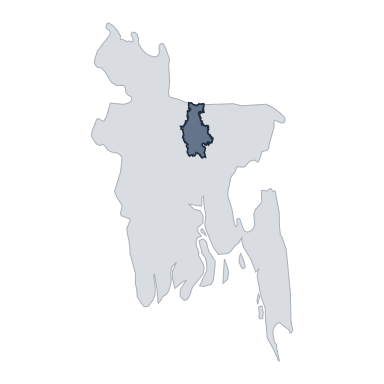 Mymensingh, Dhaka, Bangladesh shown in context
{"feature_id": "16705992B54511139091050", "entity_name": "Mymensingh", "entity_type": "district", "adm_level": 2, "iso_a3": "BGD", "parent_name": "Bangladesh", "parent_adm1": "Dhaka", "projection": "equal_earth", "projection_center": [90.455, 24.722], "detail": "fine", "context": "in_parent", "style": "filled", "palette": "slate", "viewbox_px": 384, "rotation_deg": 0, "n_neighbors": 0, "source": "geoboundaries", "source_scale": "gbopen_adm2", "svg_char_len": 9372}
<svg xmlns="http://www.w3.org/2000/svg" viewBox="0 0 384 384"><path d="M135.4,284.1L135.4,273.5L129.8,252.5L130.1,250.2L128.9,240.0L127.5,234.4L126.8,228.5L130.3,219.9L128.9,218.5L121.4,215.9L120.5,213.7L122.1,205.3L116.8,197.3L114.6,191.4L120.5,172.2L122.0,158.9L121.6,156.3L118.1,153.3L111.8,152.1L107.4,149.6L104.9,145.9L102.7,144.4L100.0,145.5L96.5,144.0L93.7,140.3L91.3,135.7L92.2,130.8L96.9,119.0L98.6,118.7L102.5,121.0L104.0,121.0L106.6,116.3L110.3,103.1L122.9,104.3L125.9,103.8L129.1,102.8L130.8,101.1L131.8,99.0L131.5,97.2L127.6,94.7L126.1,92.9L125.1,87.6L123.9,85.6L116.3,85.3L112.4,82.9L110.2,80.7L106.4,73.6L101.7,68.2L97.1,67.0L95.4,65.3L94.4,62.5L95.0,58.6L97.4,51.0L110.0,34.7L110.3,32.9L109.8,30.8L106.2,28.2L106.0,26.9L107.0,23.5L109.1,23.0L113.4,26.1L117.8,31.2L120.4,35.7L120.4,39.2L123.8,39.9L126.7,41.5L129.7,41.0L131.6,41.9L132.8,41.6L133.3,39.5L130.9,34.4L132.1,32.2L135.0,32.4L137.0,34.3L138.5,38.2L138.8,44.4L142.2,49.9L146.6,53.9L150.1,55.7L154.3,57.0L157.9,55.8L159.7,51.9L158.9,48.4L159.4,45.3L160.9,43.6L163.1,43.7L164.8,46.2L169.7,59.5L168.6,65.4L169.7,81.6L168.4,92.3L169.2,96.3L170.0,97.1L177.4,99.1L188.1,103.3L196.3,104.9L233.4,103.7L241.5,105.8L266.2,104.2L272.9,107.6L280.3,113.2L284.4,117.3L285.2,119.7L284.8,121.7L283.4,122.8L280.9,122.9L275.0,120.2L274.0,121.0L274.0,127.4L269.3,143.5L268.7,148.5L267.0,150.5L262.1,151.5L258.9,161.0L257.6,162.1L254.4,160.1L252.4,160.4L249.9,161.3L247.4,163.4L245.6,166.1L243.7,167.1L236.7,166.9L235.4,171.3L230.9,177.0L227.8,192.2L228.0,196.8L231.9,209.0L234.6,224.7L235.6,226.3L236.9,226.5L237.0,219.3L238.3,218.3L239.9,219.1L243.2,228.9L245.0,231.4L247.9,232.1L251.2,230.6L253.7,227.7L254.7,224.6L253.8,214.0L255.3,209.7L260.9,203.3L261.7,201.3L261.3,190.7L263.5,190.3L266.3,191.2L269.9,188.7L271.0,188.6L272.6,191.3L275.1,190.8L279.1,211.9L279.5,226.8L280.4,235.0L281.8,236.9L286.2,249.3L290.4,293.1L291.0,321.0L292.7,330.5L291.3,332.6L290.0,333.0L288.7,329.7L279.5,322.6L277.2,323.3L274.1,327.4L272.8,331.3L273.4,336.6L274.4,341.9L276.6,344.9L276.8,348.3L279.3,360.9L278.6,361.0L273.6,349.5L267.4,338.3L265.4,318.1L265.2,308.2L261.0,296.5L257.1,276.2L258.7,269.0L255.8,272.1L251.2,259.9L244.0,248.0L242.0,242.7L241.8,237.6L238.8,242.8L234.6,246.4L230.3,251.9L227.5,253.5L218.5,254.5L213.3,247.2L205.8,229.4L204.8,225.3L205.8,214.9L204.0,205.0L203.5,196.2L202.2,197.0L201.7,199.4L201.9,203.1L201.4,206.2L188.9,204.2L194.2,209.4L200.0,210.6L202.9,215.3L203.1,223.0L197.5,227.7L198.0,231.6L201.3,236.4L197.3,237.8L196.2,240.9L196.1,245.4L198.9,252.3L198.4,255.0L203.2,264.0L204.1,268.3L202.9,274.4L192.6,286.8L189.7,295.5L187.1,299.6L184.0,300.4L180.2,296.2L180.1,292.0L180.9,288.6L186.2,280.4L183.3,281.5L175.0,288.3L173.4,282.8L172.4,277.7L172.4,271.5L176.4,262.2L171.9,266.8L170.6,272.6L171.2,279.4L170.6,284.3L168.8,290.6L166.4,294.4L162.4,296.8L160.7,300.6L158.1,303.3L157.2,290.6L154.4,273.4L153.8,277.1L155.2,287.7L155.1,294.6L153.0,300.1L148.6,306.0L145.3,306.9L143.4,306.0L137.3,297.1L136.7,288.7L135.4,284.1ZM211.2,284.4L203.5,286.4L199.6,285.8L206.9,270.3L206.6,263.4L205.5,257.8L201.8,253.3L201.6,250.1L200.0,245.7L199.1,240.5L203.2,238.9L206.5,241.8L207.7,247.7L209.3,252.1L215.1,261.1L215.0,266.6L213.4,280.2L211.2,284.4ZM227.5,279.3L222.9,283.4L224.4,259.0L227.8,268.1L228.7,273.0L227.5,279.3ZM245.3,267.1L243.3,268.9L241.3,267.4L238.9,261.6L240.1,254.4L240.8,253.4L243.8,260.8L245.3,267.1ZM262.7,318.6L260.0,318.9L258.7,317.1L259.3,314.7L258.6,306.8L262.0,306.0L263.2,312.6L262.7,318.6ZM259.7,296.5L257.7,304.3L256.9,300.8L258.3,293.9L259.7,296.5ZM205.2,233.0L206.0,235.6L201.7,232.3L200.6,230.0L202.5,228.8L205.2,233.0Z" fill="#d9dde1" stroke="#a8b0b8" stroke-width="1"/><path d="M205.5,157.3L205.5,156.6L205.2,156.0L205.1,154.5L204.4,152.8L204.1,152.6L204.5,151.7L204.7,151.4L204.8,150.5L205.0,150.3L205.1,149.8L205.1,149.5L205.3,148.7L205.3,148.1L204.9,147.6L205.1,147.3L204.8,147.0L204.1,146.8L203.3,146.3L203.2,146.5L202.8,146.2L202.6,145.8L202.4,145.6L202.2,144.2L202.5,144.0L202.6,143.6L202.8,143.4L203.5,143.2L204.0,143.5L204.7,144.4L205.0,144.3L204.9,144.6L205.4,144.5L205.5,144.7L205.9,144.7L206.1,145.1L206.7,145.1L206.8,144.7L206.7,144.3L206.9,144.2L207.0,143.9L206.9,143.6L206.9,143.1L207.1,143.0L207.1,142.7L207.5,142.5L207.8,142.2L207.9,143.2L208.0,143.2L208.1,143.5L208.3,143.7L208.4,144.4L208.6,144.9L209.2,144.0L209.2,143.8L209.5,143.3L209.5,142.6L210.0,143.0L210.2,142.4L210.8,142.7L211.1,142.6L211.8,142.7L211.7,142.1L211.9,142.1L212.0,141.6L212.2,141.4L212.1,140.7L212.3,140.6L212.3,140.9L212.5,140.4L212.4,140.2L212.7,139.8L212.4,139.3L212.6,139.0L212.8,138.9L213.0,138.5L212.9,138.1L212.7,138.1L212.7,138.4L212.2,138.1L212.4,138.4L212.3,138.5L212.0,138.5L211.9,138.8L211.7,138.7L211.8,138.3L211.6,138.4L211.5,138.2L211.8,137.6L211.7,137.0L211.3,136.9L211.0,136.4L211.0,136.7L210.8,136.9L210.1,136.8L210.3,135.7L210.2,135.2L209.6,135.2L209.4,134.5L209.0,134.5L208.9,134.3L208.6,134.5L207.8,133.5L207.7,133.0L207.8,132.4L208.0,132.3L207.9,132.1L208.0,132.0L207.9,131.5L207.5,131.5L207.5,130.7L208.0,129.8L208.4,130.0L208.7,129.7L208.6,129.1L208.3,129.0L208.3,128.5L207.4,128.1L207.5,127.9L207.5,127.4L207.6,127.2L207.9,127.3L208.1,127.6L208.5,127.5L208.6,127.2L208.5,126.7L207.9,126.5L208.1,125.9L208.0,125.6L207.7,125.8L207.4,125.6L206.7,125.7L206.4,125.5L206.3,125.8L205.4,126.2L205.1,125.8L204.4,126.0L204.2,125.6L203.8,125.4L203.7,124.9L203.3,125.2L203.1,125.0L202.5,125.0L202.5,124.6L202.4,124.4L202.0,125.0L201.7,125.0L201.8,124.7L202.3,124.3L202.6,123.6L202.8,123.7L202.8,123.3L202.4,123.1L202.1,123.5L202.0,123.2L201.9,123.3L201.5,123.2L202.0,122.8L201.9,122.5L202.1,122.4L201.9,122.1L201.9,121.6L202.1,121.5L201.9,121.2L201.9,120.8L200.8,120.8L200.5,120.4L200.4,120.1L200.7,120.0L200.6,119.6L200.6,119.0L200.4,118.9L200.5,118.6L200.4,118.3L200.7,118.0L200.9,118.0L200.9,117.7L200.6,117.7L200.1,117.4L200.3,117.2L200.2,116.8L200.1,117.1L199.7,117.2L199.5,116.9L199.5,116.4L199.7,115.6L200.0,115.3L199.7,115.4L199.4,114.9L199.1,115.0L199.2,114.4L199.1,114.0L198.6,113.9L198.8,113.5L199.1,113.1L198.9,112.9L198.7,112.9L198.7,112.5L199.0,112.2L199.2,112.4L199.3,113.1L199.4,112.3L199.7,112.7L200.0,112.3L200.3,113.1L200.6,113.4L200.9,113.2L201.0,112.7L200.5,112.5L200.4,112.2L200.5,112.0L200.9,112.2L201.1,111.7L201.7,112.1L202.0,112.0L202.7,112.5L202.9,112.1L203.2,112.5L203.6,112.4L203.4,112.2L203.6,112.1L203.4,111.9L203.4,111.6L203.6,111.3L203.5,111.1L203.8,111.0L203.7,110.6L203.5,110.3L203.6,110.0L203.4,109.9L203.2,110.0L203.2,110.3L202.8,110.7L202.9,109.8L203.1,109.6L202.7,109.2L203.3,108.6L203.2,108.4L203.5,108.1L203.3,107.8L203.4,107.6L203.4,107.2L203.6,107.0L203.5,106.9L203.8,106.6L203.5,105.9L203.8,105.7L203.8,105.3L204.0,104.9L203.9,104.3L203.9,104.0L203.7,103.7L203.5,103.9L202.8,103.8L202.7,104.0L202.4,103.9L202.2,104.1L201.3,104.1L201.2,103.9L199.8,104.1L199.3,103.9L199.4,104.2L198.9,104.1L198.9,104.3L198.3,104.7L196.8,105.2L196.8,105.7L196.4,105.7L195.4,105.3L194.8,104.8L193.3,104.6L192.3,103.7L191.6,102.8L191.0,102.9L190.7,103.1L188.9,102.5L188.7,102.8L188.7,103.3L188.5,104.3L188.5,104.7L188.7,104.8L188.6,105.0L188.9,105.5L189.0,106.0L188.8,106.2L188.7,107.8L188.6,108.4L189.3,108.6L189.6,109.3L190.2,108.8L190.2,109.1L190.5,109.1L190.5,109.5L190.1,109.4L190.0,109.6L189.6,109.5L189.6,110.3L189.4,110.5L189.4,110.8L189.2,110.7L189.0,111.0L188.7,111.1L188.4,110.4L188.1,110.4L188.1,110.8L187.9,111.1L187.6,111.0L187.3,111.6L187.5,112.1L187.4,112.7L187.7,112.9L187.7,113.6L187.6,114.6L187.3,114.8L187.4,115.0L187.1,115.5L187.1,115.8L187.2,116.0L187.4,116.2L187.6,115.9L187.8,116.0L187.7,116.3L188.3,116.6L188.4,117.2L188.1,117.3L187.5,117.1L187.3,117.3L187.5,117.8L187.9,118.4L187.7,119.6L187.5,119.8L187.6,120.3L187.5,120.6L186.9,121.0L185.7,120.8L185.7,121.0L186.0,121.1L186.0,121.4L185.6,121.5L185.5,121.9L185.2,121.9L185.8,121.9L185.7,122.2L185.9,122.3L185.3,122.5L185.4,123.2L185.1,123.4L185.2,124.0L185.5,124.1L185.3,124.3L185.1,124.1L184.6,124.2L184.1,125.0L184.1,125.6L184.1,126.1L183.7,126.2L183.4,126.3L183.3,126.9L183.1,126.9L183.1,126.7L182.6,126.3L182.4,126.5L182.2,126.4L182.1,126.7L181.7,126.7L181.1,126.3L180.5,126.4L181.2,127.6L181.2,128.2L181.5,128.3L181.3,128.3L181.1,128.5L181.1,129.0L181.2,129.4L182.8,129.3L183.0,129.5L182.7,130.5L183.1,131.5L183.0,132.0L183.3,132.6L183.4,133.2L183.4,133.8L183.6,134.5L183.7,135.3L183.5,136.0L183.3,136.0L183.1,136.4L182.9,136.3L182.8,137.2L182.6,137.6L183.0,138.0L183.3,138.8L183.8,138.8L183.6,139.3L183.8,140.3L184.0,140.3L184.2,141.1L184.6,141.0L184.8,142.1L185.0,141.9L185.3,141.9L185.6,142.4L185.8,142.3L186.3,142.7L186.3,142.8L186.1,143.1L186.2,143.3L186.5,143.2L186.9,143.7L187.1,144.2L187.4,144.2L187.5,144.0L187.8,144.3L187.0,145.0L186.9,145.4L186.4,145.4L186.3,145.6L186.4,146.1L186.7,146.2L186.8,147.0L187.2,147.9L187.7,148.2L188.0,148.1L187.2,152.1L187.4,152.8L188.0,152.9L188.0,153.3L188.4,154.4L188.4,155.0L188.7,155.5L189.4,155.6L189.8,156.1L191.3,154.9L191.9,155.2L192.3,155.2L192.5,154.9L192.8,154.8L192.7,155.6L193.0,155.7L193.0,156.0L193.6,155.7L193.7,155.4L194.1,155.6L194.3,155.9L194.7,155.9L195.0,155.0L195.5,154.4L195.7,154.5L195.8,154.3L195.8,153.1L196.5,152.4L197.1,152.6L197.7,153.2L197.8,153.5L198.3,153.7L198.4,154.0L198.8,154.0L199.5,154.2L199.9,154.6L200.2,154.7L199.9,155.6L201.0,156.3L200.9,156.8L201.7,157.4L202.1,158.0L202.4,158.0L203.4,157.0L204.3,156.7L204.7,156.8L205.5,157.3Z" fill="#64748b" stroke="#1e293b" stroke-width="1.5"/></svg>